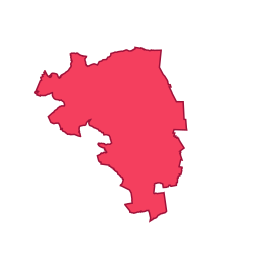 the district of Quecholac, Puebla, Mexico, rotated 242°
{"feature_id": "50627088B94790065946513", "entity_name": "Quecholac", "entity_type": "district", "adm_level": 2, "iso_a3": "MEX", "parent_name": "Mexico", "parent_adm1": "Puebla", "projection": "albers", "projection_center": [-97.631, 18.95], "detail": "fine", "context": "isolated", "style": "filled", "palette": "rose", "viewbox_px": 256, "rotation_deg": 242, "n_neighbors": 0, "source": "geoboundaries", "source_scale": "gbopen_adm2", "svg_char_len": 5723}
<svg xmlns="http://www.w3.org/2000/svg" viewBox="0 0 256 256"><g transform="rotate(242 128 128)"><path d="M218.1,81.5L216.5,81.3L216.6,79.9L214.9,79.8L215.1,77.2L213.4,77.0L213.6,74.8L210.7,74.1L210.8,72.8L204.1,64.7L202.5,66.0L202.5,65.6L202.2,65.7L201.7,65.1L203.5,64.0L203.2,63.1L203.5,62.9L202.9,62.2L200.3,63.8L199.9,63.3L197.4,65.6L197.9,66.3L197.4,66.7L197.1,67.5L196.5,68.2L196.0,69.5L195.5,70.0L195.4,73.3L195.0,74.4L194.9,77.2L194.7,77.8L192.0,76.5L190.8,76.4L189.2,76.5L187.9,77.0L187.1,77.6L185.4,80.1L184.5,80.4L184.1,82.2L183.1,82.5L181.4,83.4L180.9,83.5L178.5,83.0L178.0,82.5L177.5,82.4L177.4,82.0L178.7,79.8L178.6,78.5L179.0,78.2L178.8,77.2L178.6,75.6L177.8,74.0L177.8,71.8L177.3,70.5L176.7,69.8L176.9,69.5L176.7,69.1L176.8,68.6L175.4,63.0L169.4,62.6L168.9,62.8L166.9,64.3L166.5,65.0L166.3,66.2L165.0,68.8L163.6,69.1L161.7,68.9L159.0,68.4L158.5,67.9L158.3,68.0L158.5,68.5L158.6,69.6L158.1,69.7L157.3,69.0L156.9,68.9L156.3,69.1L155.6,69.1L154.8,70.0L153.6,70.7L153.1,70.6L152.6,71.1L151.9,71.4L150.9,71.6L150.6,72.5L149.9,73.1L149.9,73.8L149.1,74.2L147.5,77.7L144.4,80.3L142.9,82.0L142.4,82.3L143.3,82.2L145.7,82.9L147.0,82.8L147.3,83.4L147.6,83.4L147.8,83.0L148.4,83.7L150.4,84.3L150.8,84.9L151.7,85.2L152.2,86.6L151.3,89.9L150.6,91.2L150.7,92.3L152.4,94.1L152.7,95.5L153.3,96.9L153.0,97.6L153.1,98.6L153.0,98.9L151.6,96.3L151.0,95.9L150.5,95.6L148.8,95.3L148.1,95.5L146.4,97.1L144.0,98.3L143.4,99.2L142.2,99.9L141.2,100.9L140.5,101.1L138.8,101.3L138.7,102.1L136.0,102.9L135.6,104.0L133.2,103.5L132.7,105.0L132.2,105.9L130.3,107.8L128.1,107.8L126.3,107.2L126.2,107.3L122.5,106.5L122.1,104.5L122.6,103.6L123.3,102.6L123.4,101.4L123.7,100.6L124.4,99.9L125.1,99.9L125.8,99.1L126.3,98.1L127.2,97.1L127.3,95.8L127.7,95.4L128.3,95.3L128.3,94.5L127.6,93.9L127.0,94.0L126.3,94.0L124.7,94.7L122.7,96.3L121.5,97.5L121.3,97.9L120.2,97.7L119.8,97.1L119.3,97.3L118.9,97.8L118.0,97.6L116.7,97.9L116.5,97.7L116.5,96.9L117.1,96.2L117.8,95.7L117.8,95.0L117.5,94.0L117.8,93.7L117.8,93.3L118.2,93.1L118.4,92.7L118.0,92.3L118.2,91.8L117.8,91.3L117.7,90.8L117.9,88.0L113.5,86.9L112.2,86.8L111.5,87.3L111.1,87.2L110.5,88.1L108.9,87.3L104.1,93.9L103.3,93.5L103.1,93.6L102.4,94.5L101.0,94.7L100.7,95.3L100.1,95.3L99.2,96.3L98.5,95.8L97.9,96.5L97.3,96.2L95.6,96.9L94.4,97.8L93.7,97.6L93.0,97.8L92.1,97.4L90.6,98.2L89.7,98.3L89.4,98.7L88.9,98.5L87.6,98.8L87.1,99.4L86.6,99.6L85.8,99.1L85.1,99.2L84.8,99.7L84.6,99.6L82.4,97.5L81.4,96.2L81.2,94.7L80.7,94.2L79.9,95.0L72.6,100.2L69.1,100.2L64.1,98.4L63.2,98.1L62.7,97.6L59.7,96.4L61.3,91.8L61.6,90.4L62.0,89.5L61.8,89.2L54.2,90.6L52.9,90.1L52.5,90.7L51.7,91.2L50.7,92.6L50.1,93.1L49.5,95.5L49.4,96.9L48.8,97.8L48.6,98.4L48.6,100.2L48.1,100.0L48.2,100.4L48.0,100.7L47.3,101.0L47.3,101.8L46.6,103.1L46.2,104.8L46.4,105.8L46.0,106.5L45.6,106.9L45.5,107.6L43.2,107.3L37.9,105.8L35.4,103.8L35.6,106.2L35.5,107.0L36.2,108.0L35.8,108.3L35.5,110.6L35.6,111.4L36.8,113.7L36.6,115.4L37.0,116.2L36.4,118.0L36.4,119.2L36.1,119.5L35.8,121.4L36.4,123.0L54.0,129.4L54.0,128.9L55.1,126.5L55.3,125.7L56.0,124.1L56.1,123.4L57.5,121.8L57.5,120.8L58.0,120.3L58.8,120.5L64.3,124.3L64.9,124.3L65.1,124.7L66.1,125.2L66.1,126.7L65.7,127.3L65.7,128.4L64.4,130.7L64.1,131.0L63.5,131.1L63.2,131.8L62.2,132.4L58.9,131.2L57.5,134.3L57.6,134.9L57.2,135.9L57.6,136.7L58.2,137.3L57.7,138.4L56.6,138.4L56.3,138.6L54.9,143.0L55.0,143.4L54.7,143.8L56.8,145.0L56.6,145.9L58.9,147.3L60.4,148.0L60.2,148.8L61.7,149.6L61.4,151.3L63.4,151.8L62.4,153.0L65.2,155.5L67.0,156.1L67.1,156.9L68.0,157.3L69.9,154.9L75.3,159.7L74.4,160.7L80.9,161.8L80.6,162.1L81.4,162.4L81.6,162.2L82.1,162.8L81.9,163.1L82.7,163.4L83.2,162.9L84.0,168.1L91.6,167.5L94.3,167.5L95.3,167.8L96.1,166.5L96.7,167.1L97.6,165.5L98.5,166.4L99.4,164.8L101.6,166.9L102.5,165.4L105.0,167.9L98.7,178.9L100.6,179.5L108.4,182.9L109.3,181.6L109.9,181.8L125.3,189.0L128.5,183.1L137.8,183.2L138.8,183.4L144.9,183.7L144.1,185.2L146.4,185.6L147.2,184.1L150.1,184.7L150.4,185.0L151.9,185.1L156.4,184.8L158.7,184.2L166.8,184.2L181.1,193.8L184.4,187.3L184.7,187.1L185.1,186.1L185.7,185.5L185.5,185.3L186.0,184.5L185.9,183.8L186.1,183.5L187.3,182.3L188.0,181.0L189.6,179.7L189.4,179.3L189.7,179.1L190.1,179.1L189.9,178.8L190.3,178.6L190.5,178.7L190.9,178.1L191.6,178.1L192.8,176.7L192.5,176.4L195.9,172.0L194.7,171.4L194.6,170.1L194.8,170.2L194.7,167.8L194.5,167.7L194.7,167.0L195.1,165.8L195.6,164.9L197.3,163.7L197.8,163.0L198.3,159.1L198.8,158.5L200.0,155.1L200.2,153.6L201.1,152.1L201.2,150.5L201.8,147.9L200.6,147.1L199.9,146.3L199.6,144.7L200.0,143.5L198.6,141.2L200.0,137.9L199.5,136.2L200.1,133.8L198.0,130.7L200.0,128.8L200.6,128.1L201.0,126.3L201.2,124.0L201.1,122.7L201.4,122.1L201.4,121.3L202.1,121.2L202.6,120.6L202.9,120.5L203.7,121.0L204.1,120.7L205.4,121.1L205.9,121.5L207.7,121.7L209.4,122.5L210.2,124.5L210.7,124.9L211.1,124.2L211.7,123.8L212.1,122.6L212.8,122.2L212.8,121.8L213.2,121.7L213.8,120.9L215.4,119.6L215.9,119.3L216.2,119.3L216.8,118.8L217.6,118.7L218.2,118.0L218.2,116.9L219.5,115.5L219.8,114.6L220.6,113.1L220.4,112.7L220.4,111.8L219.9,111.8L219.4,111.4L219.0,111.6L218.6,111.3L218.3,111.4L216.9,110.5L215.7,110.4L215.4,110.1L214.9,110.2L214.4,109.6L214.1,109.9L213.5,110.0L213.5,109.7L212.5,109.1L212.5,108.8L211.3,107.4L210.7,107.3L210.0,107.0L209.6,107.1L209.3,106.8L208.5,105.7L208.0,104.3L207.2,103.1L206.6,101.4L206.5,99.5L206.0,97.9L206.0,95.7L205.6,94.0L205.8,94.2L206.0,94.1L205.4,92.7L205.2,93.0L205.0,92.9L205.1,92.6L204.4,92.2L204.5,92.0L204.3,92.0L204.3,90.7L204.6,90.6L206.1,90.4L208.2,90.7L208.8,90.6L209.3,90.3L210.8,88.6L211.7,87.3L211.9,86.2L210.9,83.8L210.9,83.1L210.5,83.2L210.0,83.7L210.0,84.9L209.5,84.5L209.2,83.7L209.2,82.9L209.4,82.7L211.9,81.5L218.1,81.5Z" fill="#f43f5e" stroke="#9f1239" stroke-width="1.5"/></g></svg>